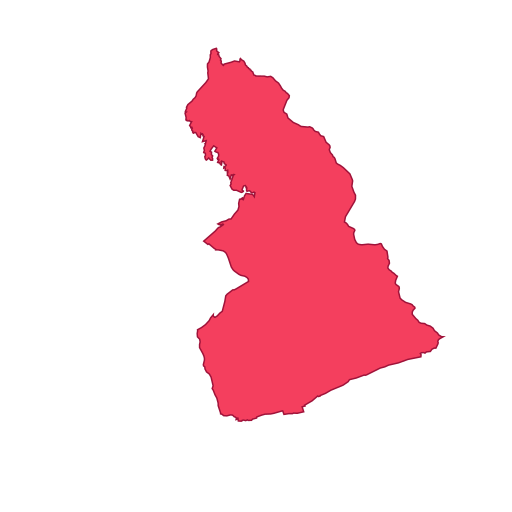 Capreni, Gorj, Romania (Equal Earth projection), rotated 140°
{"feature_id": "2599482B54330131448455", "entity_name": "Capreni", "entity_type": "district", "adm_level": 2, "iso_a3": "ROU", "parent_name": "Romania", "parent_adm1": "Gorj", "projection": "equal_earth", "projection_center": [23.598, 44.73], "detail": "fine", "context": "isolated", "style": "filled", "palette": "rose", "viewbox_px": 512, "rotation_deg": 140, "n_neighbors": 0, "source": "geoboundaries", "source_scale": "gbopen_adm2", "svg_char_len": 6124}
<svg xmlns="http://www.w3.org/2000/svg" viewBox="0 0 512 512"><g transform="rotate(140 256 256)"><path d="M282.7,286.4L281.0,285.0L277.8,281.0L277.2,278.9L277.1,277.2L277.5,275.5L278.5,272.2L282.0,263.4L282.4,260.2L282.2,258.3L280.9,253.0L280.0,250.9L277.6,247.8L276.7,245.3L276.7,243.4L278.1,241.3L291.9,243.5L294.3,244.0L295.6,245.0L302.7,245.3L304.8,244.9L309.1,241.2L317.4,235.3L320.3,235.5L324.2,235.0L326.7,235.3L327.2,235.8L327.1,236.6L327.4,237.6L326.5,238.5L330.5,237.8L333.4,236.6L338.8,235.9L343.8,236.2L348.2,237.1L348.8,236.2L350.9,234.4L352.8,231.7L352.6,228.5L354.0,226.1L356.1,224.5L358.1,222.1L359.4,215.6L360.2,212.9L361.1,211.0L362.4,209.4L366.2,206.6L366.8,205.5L366.5,204.0L367.7,202.2L368.4,199.0L367.6,195.5L368.3,192.0L372.3,184.1L374.8,182.6L375.0,180.7L376.6,176.0L377.3,172.4L379.5,167.7L381.2,165.6L384.0,158.6L384.6,157.8L383.8,156.7L383.4,154.5L381.1,152.3L377.7,150.7L376.4,149.4L376.1,148.5L376.0,146.8L375.3,145.8L375.2,144.5L374.6,143.9L376.1,143.8L376.4,143.5L374.4,142.9L375.6,141.0L373.6,139.1L373.0,138.7L372.3,139.0L371.1,138.4L369.7,136.5L367.9,136.0L367.7,135.1L365.0,133.0L363.6,133.3L359.7,131.5L358.8,132.2L353.8,130.4L350.7,129.0L346.3,125.6L343.4,124.0L335.5,120.5L335.1,120.1L336.4,116.7L332.1,114.1L329.4,111.8L328.2,111.5L325.5,109.0L319.6,106.0L317.6,110.8L314.9,109.6L314.7,110.5L306.1,109.0L298.8,109.1L298.4,108.1L296.7,107.5L296.4,107.8L291.0,106.1L285.0,105.1L272.3,101.1L266.1,100.5L263.9,101.2L257.6,98.1L249.7,95.3L249.1,94.5L247.8,93.9L232.8,90.3L228.6,88.3L224.6,87.2L215.6,82.6L206.2,79.2L194.5,72.8L193.0,74.3L192.8,75.7L191.3,75.5L189.5,74.1L189.0,73.0L187.1,73.0L183.8,70.8L181.2,71.5L178.7,70.9L177.4,69.8L173.0,71.8L172.1,72.6L171.7,73.7L170.3,74.5L168.7,74.6L164.5,73.8L165.7,74.9L166.8,78.1L166.5,80.3L167.3,84.1L166.8,86.9L167.6,90.3L169.6,93.4L170.2,95.8L172.8,98.4L173.7,100.3L173.4,102.8L173.8,105.3L173.8,110.9L172.2,112.7L170.4,113.5L167.8,113.8L167.3,114.7L167.8,117.0L167.7,118.3L168.3,119.8L171.2,124.3L172.5,128.6L172.7,131.1L169.8,137.0L167.2,138.9L166.3,140.2L166.2,140.9L167.1,144.2L166.8,145.7L164.6,147.6L160.7,149.6L161.2,151.1L161.5,154.1L162.1,155.9L162.2,157.9L162.8,159.5L162.8,161.7L162.4,162.4L161.2,163.4L158.4,164.7L156.9,167.1L156.8,169.5L155.7,170.3L152.5,175.6L153.3,178.6L153.0,182.1L152.2,184.7L152.8,185.7L155.2,186.6L157.7,188.1L162.5,193.0L167.8,196.6L169.9,199.0L170.4,200.3L170.5,201.9L169.7,205.3L167.3,209.8L166.2,211.0L163.8,212.1L163.4,213.0L163.7,214.4L166.0,219.2L165.6,221.4L165.7,223.3L166.4,225.2L162.2,228.6L145.5,234.4L143.2,235.7L140.7,238.6L140.0,241.9L137.8,247.8L133.7,251.4L133.1,252.7L131.3,258.6L132.3,267.5L133.2,271.2L134.4,274.0L134.7,275.7L133.0,279.7L132.7,281.2L133.1,282.5L132.5,284.3L132.6,287.0L132.3,288.3L131.5,290.4L129.4,291.6L128.6,293.0L128.5,294.1L129.2,298.1L127.4,304.0L129.1,306.5L129.0,308.8L128.6,310.7L130.5,313.3L130.8,315.6L130.5,316.8L130.6,317.9L131.8,320.5L133.4,321.4L138.3,326.4L139.2,329.4L141.6,334.3L142.8,341.2L141.2,344.9L142.2,348.0L141.6,349.8L140.9,350.7L132.3,355.4L129.0,356.0L127.4,357.4L127.4,360.4L127.9,361.5L127.8,363.4L128.6,365.6L128.5,368.2L128.0,370.5L127.6,374.0L128.5,377.7L128.5,381.7L129.3,384.2L132.3,386.0L134.0,388.4L140.4,393.9L140.3,394.3L141.3,396.1L140.2,399.1L140.7,400.8L140.4,401.5L140.8,402.3L140.5,403.1L141.1,404.3L140.8,405.1L141.3,406.1L141.0,407.4L141.3,409.2L140.5,410.7L140.1,413.1L140.9,415.5L141.0,417.3L141.7,417.1L142.9,415.8L143.9,415.4L147.1,419.2L150.5,420.4L156.9,423.4L157.3,423.5L158.4,422.9L158.6,423.3L158.7,426.3L157.3,427.6L157.3,428.9L156.0,429.6L156.0,432.5L155.2,434.1L155.3,434.6L155.8,435.0L155.0,435.6L153.8,435.6L154.3,438.4L153.0,439.9L152.9,440.6L156.4,442.0L158.4,442.2L159.2,441.6L160.4,440.0L161.7,439.5L163.5,437.3L167.3,434.8L169.7,434.3L171.8,431.9L173.8,428.5L175.2,427.3L178.5,422.3L183.0,421.1L195.4,419.5L196.7,419.0L198.9,417.2L200.8,416.5L203.4,416.4L205.3,415.8L210.8,415.8L213.7,414.6L213.8,414.0L214.4,413.5L217.3,412.1L217.4,411.7L216.9,411.1L218.5,411.1L220.5,407.0L222.2,405.3L221.7,404.7L222.0,404.3L221.8,403.8L220.9,402.9L220.0,402.6L219.9,401.2L219.0,400.3L223.0,398.6L223.0,397.0L223.5,396.2L222.4,395.8L222.7,394.8L223.6,394.6L224.3,393.6L224.2,392.1L224.8,391.8L225.1,390.7L224.9,390.2L223.4,390.0L222.8,389.3L223.6,384.6L222.6,382.5L219.4,385.3L219.3,384.2L218.5,384.0L218.6,382.9L219.4,382.3L218.9,381.0L223.5,378.0L220.0,376.4L222.3,374.7L223.0,374.8L223.0,374.1L224.7,373.0L226.3,372.4L226.9,371.7L227.6,370.1L229.5,369.0L229.5,368.5L228.9,367.8L228.9,367.0L230.1,365.5L231.4,365.0L232.4,363.0L232.5,361.7L232.4,361.4L231.1,361.3L229.2,361.5L229.1,358.5L227.7,357.3L226.6,358.5L226.2,359.9L224.9,360.5L224.9,362.5L223.3,364.1L223.9,365.8L221.6,366.7L217.6,367.6L216.5,364.0L220.2,362.7L219.7,361.2L218.7,359.8L219.2,358.0L220.5,356.5L222.9,355.7L222.8,355.1L223.2,354.7L222.4,354.2L222.6,353.6L225.2,352.4L224.9,351.7L223.9,350.9L224.3,349.5L224.0,349.1L224.2,348.2L224.0,347.9L222.3,349.4L222.1,350.7L221.4,350.9L220.1,348.5L220.9,347.2L220.3,345.0L220.8,344.5L222.2,344.6L222.9,345.2L224.1,344.1L223.4,344.0L223.0,343.1L224.6,341.4L223.5,340.0L222.6,339.9L223.1,339.0L224.1,338.5L224.0,338.1L224.7,337.9L224.9,337.3L226.1,336.3L225.4,334.7L226.4,331.5L225.7,331.7L225.0,332.6L222.8,334.0L222.3,333.6L222.3,332.9L220.8,332.9L220.4,332.4L221.6,332.3L228.3,328.3L228.7,327.2L230.5,326.6L231.4,322.7L230.8,320.7L228.7,318.9L226.4,314.2L225.7,313.8L224.2,313.6L223.9,313.8L224.3,315.0L224.0,315.8L220.6,317.6L218.9,316.9L219.0,315.6L219.6,314.9L219.1,314.7L219.3,314.0L221.0,312.5L221.3,311.4L219.1,310.3L218.7,308.7L218.9,308.0L218.5,307.2L217.4,306.3L216.5,306.3L216.1,305.2L219.2,302.5L219.0,304.6L219.3,305.6L223.4,310.3L226.1,309.5L229.5,307.3L230.0,308.1L228.9,308.7L228.9,309.2L231.5,309.5L232.1,310.0L235.5,307.4L237.2,304.9L240.3,302.8L245.5,302.0L251.3,300.4L253.1,301.7L256.2,302.2L260.4,304.2L264.6,305.1L264.1,303.7L263.3,303.1L263.4,302.6L262.9,302.2L261.2,302.0L260.7,301.5L260.8,301.0L265.0,301.3L265.6,301.7L267.2,301.9L271.0,301.3L286.5,301.0L285.4,295.8L284.3,295.6L283.1,288.6L282.4,286.5L282.7,286.4Z" fill="#f43f5e" stroke="#9f1239" stroke-width="1.5"/></g></svg>